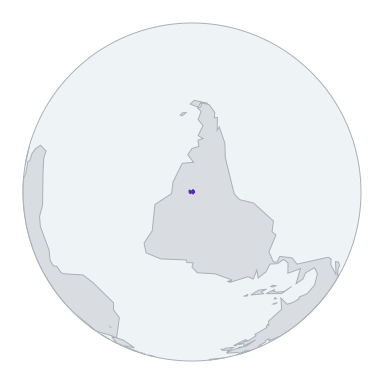 the Earth from above Canindeyú, rotated 168°
{"feature_id": "PRY-619", "entity_name": "Canindeyú", "entity_type": "Department", "adm_level": 1, "iso_a3": "PRY", "parent_name": "Paraguay", "parent_adm1": "", "projection": "orthographic", "projection_center": [-55.27, -24.157], "detail": "fine", "context": "on_globe", "style": "filled", "palette": "violet", "viewbox_px": 384, "rotation_deg": 168, "n_neighbors": 0, "source": "natural_earth", "source_scale": "10m", "svg_char_len": 4775}
<svg xmlns="http://www.w3.org/2000/svg" viewBox="0 0 384 384"><g transform="rotate(168 192 192)"><circle cx="192" cy="192" r="169" fill="#eef3f6" stroke="#a8b0b8"/><path d="M138.5,31.7L136.7,32.4L136.7,32.6L148.2,30.3L146.4,31.5L147.9,32.5L151.3,31.0L151.4,29.9L158.2,27.9L157.5,27.2L160.1,26.5L161.5,25.9L167.1,25.0L171.8,24.7L170.9,25.3L172.9,25.4L178.5,24.3L181.4,25.6L191.1,27.1L191.3,27.8L183.0,29.4L171.1,30.1L160.5,34.1L173.2,30.7L173.3,33.5L175.8,33.8L179.2,33.5L181.5,32.3L182.7,33.3L170.5,36.5L169.2,35.6L173.1,34.4L167.5,35.0L159.3,38.0L160.0,39.6L146.9,43.9L147.2,45.2L144.5,47.2L144.9,44.6L144.0,49.7L128.7,58.6L127.1,69.7L122.3,62.4L116.7,62.9L109.6,65.2L109.2,66.9L100.5,68.6L91.4,75.5L86.3,86.1L87.9,92.6L97.7,89.3L101.5,83.9L109.2,80.7L101.9,94.4L115.1,92.6L112.8,102.7L116.4,107.0L123.4,104.1L130.6,105.3L136.3,98.5L145.2,94.1L144.8,102.2L150.2,94.1L154.9,97.5L172.9,95.8L171.4,97.8L186.5,107.2L203.6,111.9L207.6,118.5L205.5,122.5L211.6,124.0L211.7,126.7L236.5,133.1L249.6,142.0L249.5,152.0L239.0,162.3L230.8,187.5L212.3,194.7L208.5,205.7L195.6,222.1L184.3,220.7L188.4,229.3L182.9,234.6L175.8,235.2L175.4,241.5L170.2,241.9L174.3,245.9L167.4,254.7L171.0,261.5L166.4,268.9L169.0,272.9L166.7,273.0L164.6,274.8L165.0,277.2L157.2,274.1L153.2,265.0L154.7,260.0L151.6,259.6L154.6,247.2L151.8,250.0L149.7,232.8L152.3,218.6L151.1,181.2L147.0,174.6L134.1,168.4L118.4,146.7L122.0,136.3L118.8,132.5L129.2,117.6L126.9,106.7L123.3,105.8L119.5,110.8L107.8,106.7L104.3,99.6L72.4,99.9L69.9,97.8L71.3,92.0L68.3,80.9L66.1,94.1L63.4,93.2L62.8,89.5L64.9,86.9L66.9,80.7L65.6,80.7L70.5,74.6L80.3,65.3L90.8,56.7L101.9,49.1L113.6,42.3L125.9,36.5L138.5,31.7ZM125.5,74.0L140.6,77.2L131.2,79.5L133.2,78.1L129.5,76.3L122.4,75.6L114.3,78.8L125.5,74.0ZM134.1,65.9L131.4,66.0L134.1,65.4L134.1,65.9ZM158.4,26.5L159.9,26.2L158.9,26.4L158.4,26.5ZM157.5,26.6L155.2,27.1L154.4,27.3L155.9,26.9L157.5,26.6ZM170.7,281.2L158.1,275.5L164.9,277.8L168.3,273.7L175.4,278.4L170.7,281.2ZM181.2,270.8L185.9,268.6L187.5,269.8L184.5,271.5L181.2,270.8ZM300.6,62.6L297.1,60.2L300.4,66.6L296.6,65.4L289.8,61.3L280.7,51.6L290.1,55.6L287.0,52.9L278.3,47.3L281.9,49.2L279.5,47.6L282.4,49.3L282.1,49.1L300.6,62.6ZM356.3,231.6L353.6,241.0L351.0,244.2L346.2,255.8L344.1,256.6L340.6,262.7L336.1,266.9L330.5,269.2L326.2,262.4L329.9,256.2L333.8,241.6L340.9,210.3L346.2,199.8L347.5,189.9L343.9,164.8L345.0,154.6L343.0,148.7L339.6,147.3L336.9,140.4L334.4,138.7L315.8,133.5L307.6,123.8L291.8,99.9L293.3,93.1L289.2,84.2L296.0,65.3L302.5,69.3L313.5,75.1L315.8,77.3L319.9,82.5L332.5,98.2L332.3,97.8L339.0,108.6L344.8,119.9L349.8,131.6L353.9,143.6L357.1,156.0L359.3,168.5L360.6,181.1L361.0,193.8L360.3,206.5L358.8,219.1L356.3,231.6ZM299.5,76.0L300.7,78.3L299.5,76.0ZM173.5,95.7L175.6,97.2L172.7,97.4L173.5,95.7ZM129.5,82.8L132.9,82.3L134.6,83.2L131.9,84.0L129.5,82.8ZM159.2,78.9L163.2,79.2L158.8,80.1L159.2,78.9ZM143.1,77.6L155.9,79.0L147.3,82.1L139.3,81.5L145.0,80.0L143.1,77.6ZM131.6,70.1L133.7,70.2L132.8,71.5L131.6,70.1ZM136.1,65.6L135.2,65.8L134.4,65.0L136.1,65.6ZM174.0,33.3L175.0,33.0L178.3,33.0L176.5,33.5L174.0,33.3ZM194.9,30.7L196.5,32.5L194.0,31.4L191.7,32.2L183.8,31.4L190.9,28.2L189.1,29.6L194.9,30.7ZM175.2,30.0L179.4,30.5L174.5,30.1L175.2,30.0ZM263.4,38.9L266.6,40.4L268.7,41.6L266.2,40.7L263.1,38.9L263.4,38.9ZM279.8,47.7L274.3,44.9L274.9,44.8L271.7,43.2L270.7,42.5L279.8,47.7ZM182.3,23.3L181.3,23.4L179.6,23.5L182.3,23.3ZM177.8,23.6L179.6,23.6L174.5,24.0L177.0,24.0L168.1,24.7L177.8,23.6ZM210.4,24.0L208.7,24.0L209.4,24.6L202.0,23.9L196.8,23.2L194.7,23.1L210.4,24.0ZM319.5,81.1L319.7,81.4L315.1,76.3L316.2,77.5L316.5,77.8L319.5,81.1ZM306.1,67.6L306.7,68.0L310.6,71.9L309.4,70.9L306.1,67.6ZM303.7,65.2L306.4,67.8L304.2,65.7L303.7,65.2ZM341.8,270.1L343.1,267.3L346.9,259.4L349.4,253.5L341.8,270.1Z" fill="#d9dde1" stroke="#a8b0b8" stroke-width="1"/><path d="M191.3,190.2L191.3,190.3L191.5,190.6L191.5,190.8L191.6,191.3L191.7,191.5L191.9,191.5L192.0,191.5L192.3,191.6L192.6,191.5L192.8,191.5L192.9,191.4L193.0,191.3L193.2,191.2L193.5,191.1L193.8,191.0L194.2,191.2L194.3,191.3L194.4,191.5L194.7,191.7L194.8,191.7L194.7,191.7L194.6,191.8L194.5,192.0L194.6,192.3L194.7,192.5L194.6,192.8L194.5,193.0L194.5,193.3L194.4,193.7L194.2,193.7L193.9,193.6L193.7,193.6L193.6,193.4L193.4,193.4L193.4,193.5L193.3,193.4L193.2,193.4L193.0,193.2L192.7,193.1L192.5,192.9L192.4,192.9L192.1,193.0L191.4,193.1L191.0,193.5L190.9,193.6L190.8,193.8L190.7,193.8L190.5,193.7L190.4,193.5L190.3,193.4L190.2,193.4L190.2,193.2L190.0,192.9L189.9,192.8L189.9,192.7L189.7,192.6L189.7,192.4L189.6,192.2L189.7,191.9L189.8,191.8L189.9,191.7L190.0,191.7L189.9,191.1L190.0,191.1L190.3,191.1L190.4,190.9L190.5,190.9L190.8,190.7L191.0,190.6L191.2,190.4L191.2,190.2L191.3,190.2L191.3,190.2Z" fill="#8b5cf6" stroke="#5b21b6" stroke-width="1.5"/></g></svg>